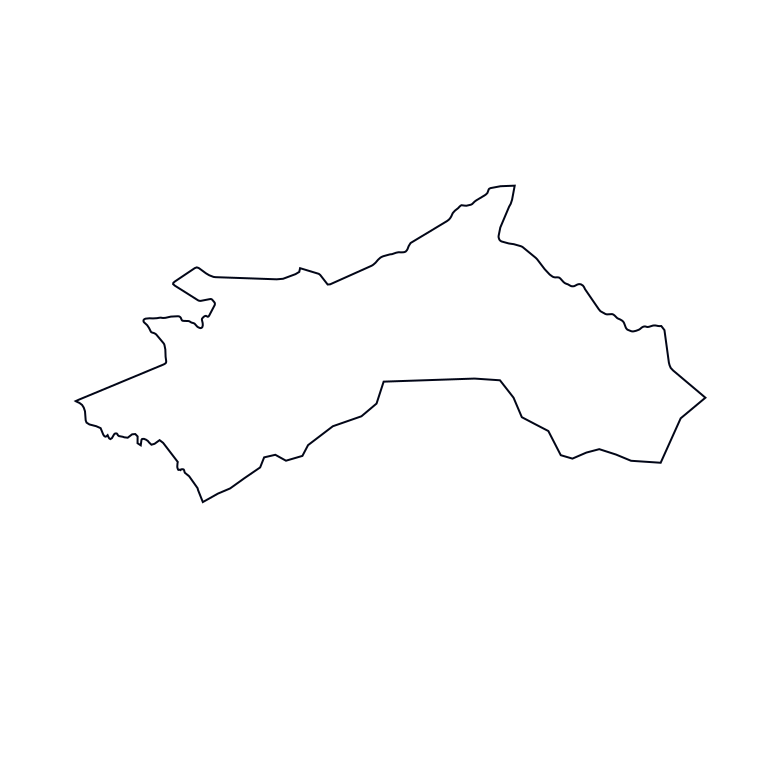 Hadjer-Lamis, orthographic projection, rotated 337°
{"feature_id": "TCD-1464", "entity_name": "Hadjer-Lamis", "entity_type": "Prefecture", "adm_level": 1, "iso_a3": "TCD", "parent_name": "Chad", "parent_adm1": "", "projection": "orthographic", "projection_center": [15.964, 12.449], "detail": "fine", "context": "isolated", "style": "outline", "palette": "ink", "viewbox_px": 768, "rotation_deg": 337, "n_neighbors": 0, "source": "natural_earth", "source_scale": "10m", "svg_char_len": 4176}
<svg xmlns="http://www.w3.org/2000/svg" viewBox="0 0 768 768"><g transform="rotate(337 384 384)"><path d="M108.0,323.7L106.9,323.6L106.2,322.7L105.8,321.0L105.9,313.9L102.6,310.4L97.0,306.1L95.1,303.3L95.2,300.9L98.1,292.3L98.4,288.4L97.9,285.3L96.3,282.5L93.7,279.6L93.5,279.3L97.2,279.2L188.9,279.9L190.5,279.7L191.7,279.2L192.4,278.0L193.6,273.6L196.2,266.8L197.1,262.5L197.2,261.4L197.0,260.3L193.7,249.5L193.3,248.7L192.7,247.9L192.1,247.2L190.6,246.0L190.0,245.3L189.8,244.3L189.6,240.7L189.0,237.4L188.2,235.6L187.4,233.9L187.1,233.0L187.2,232.0L187.7,231.2L188.7,230.7L190.1,230.7L193.9,231.9L196.8,233.3L200.7,234.7L202.9,235.2L203.9,235.5L204.8,235.9L205.6,236.5L206.9,237.1L208.7,237.7L214.2,238.7L220.5,241.0L221.3,241.4L222.0,241.9L222.5,242.7L222.8,243.5L222.8,245.6L222.9,246.5L223.4,247.1L224.2,247.6L228.7,249.7L229.4,250.3L230.5,251.9L231.1,252.5L231.9,253.1L232.6,253.7L233.2,254.4L234.5,258.2L235.0,259.0L235.6,259.7L236.3,260.4L237.0,260.9L238.0,261.0L238.9,260.7L240.0,259.4L240.5,258.2L240.9,257.0L241.3,254.7L241.5,253.6L242.0,252.8L242.7,252.4L243.3,252.1L244.7,251.6L245.7,251.5L246.7,251.7L248.0,253.2L248.7,253.3L249.7,252.8L259.1,245.1L259.6,244.3L259.9,243.4L259.8,242.5L258.9,239.6L258.5,238.7L257.8,238.1L256.8,237.8L247.9,235.9L247.0,235.5L246.2,235.0L245.6,234.4L229.8,211.6L228.9,209.6L229.7,208.5L231.7,207.9L255.1,203.4L257.2,203.5L258.3,204.4L259.0,205.2L263.4,212.6L265.6,215.6L268.9,218.8L270.6,219.8L292.5,230.0L326.1,245.7L332.2,247.7L345.4,248.3L349.8,247.7L352.0,244.6L367.0,257.1L367.9,258.7L371.0,270.4L373.4,271.2L418.9,270.3L420.7,270.0L423.5,269.1L427.1,267.3L430.0,266.3L431.4,266.1L433.3,266.1L440.1,267.0L442.1,267.6L446.5,267.9L448.9,268.4L451.6,269.7L453.6,270.4L454.7,270.6L455.9,270.5L457.5,269.7L458.5,268.9L460.5,266.8L462.0,265.7L463.6,264.6L505.9,258.6L508.1,258.0L509.7,257.2L511.3,256.1L514.0,253.6L515.4,252.9L517.2,252.1L521.0,251.1L522.7,250.3L524.2,249.8L525.2,249.7L527.9,251.3L529.5,252.1L534.0,252.9L535.5,252.8L538.7,251.5L540.8,251.0L551.4,249.5L552.8,249.0L553.9,248.5L556.4,245.8L557.1,245.4L558.6,245.3L568.6,247.5L581.8,252.5L573.9,264.4L571.0,267.7L568.5,269.6L552.2,285.4L547.4,292.4L546.9,293.4L546.7,294.6L546.6,296.1L546.9,297.2L547.4,298.1L548.0,298.8L553.8,303.4L558.1,306.0L563.8,310.6L565.0,311.9L573.0,327.2L573.7,329.0L576.8,341.2L579.3,348.0L580.6,350.2L581.1,351.0L581.7,351.7L582.5,352.3L583.3,352.8L585.2,353.5L586.1,354.0L586.8,354.5L587.5,355.7L589.1,360.3L589.9,361.8L590.8,362.8L592.3,364.2L593.8,366.2L594.4,366.9L595.2,367.5L596.1,367.9L597.1,368.2L598.3,368.2L600.7,368.0L601.9,368.1L603.1,368.5L604.3,369.3L605.6,371.2L606.0,373.0L606.1,375.3L610.9,399.0L611.7,401.6L615.1,406.0L615.8,406.6L616.6,407.1L621.1,408.7L621.8,409.2L622.5,410.1L623.1,411.2L624.3,414.2L624.9,415.1L626.7,417.0L628.0,418.8L628.6,420.2L628.8,421.6L628.6,426.8L628.9,428.1L629.3,429.1L631.9,431.7L632.6,432.3L633.5,432.8L634.5,433.1L636.8,433.5L639.0,433.6L640.1,433.6L641.2,433.4L643.1,432.8L644.2,432.6L645.3,432.6L646.3,432.8L647.1,433.2L648.6,434.4L649.5,434.7L650.4,434.9L654.4,435.3L655.4,435.6L656.4,436.0L658.0,437.0L658.8,437.6L660.3,438.4L661.9,439.0L663.2,444.0L654.6,475.6L654.2,478.3L654.2,481.2L655.4,484.5L674.5,522.2L643.7,531.5L607.9,564.6L581.4,551.2L570.0,539.6L556.7,528.1L543.5,526.2L528.3,526.3L518.9,518.6L516.9,491.5L507.4,480.0L497.9,468.4L497.9,447.2L492.2,425.9L469.5,414.4L384.6,381.7L369.5,399.1L350.6,404.9L320.4,402.9L290.2,410.6L280.8,418.3L263.8,416.3L256.3,406.7L245.0,404.7L237.4,412.4L218.5,416.2L201.5,420.0L188.3,420.0L171.1,421.9L171.4,408.8L171.7,407.1L168.6,392.8L166.1,388.1L166.0,387.3L166.3,385.1L166.1,384.3L165.2,383.7L164.0,383.3L163.3,383.4L163.6,384.3L162.1,382.9L161.3,382.8L161.0,382.4L161.1,380.3L161.5,379.1L163.0,376.2L163.7,375.2L157.7,351.9L155.5,348.0L149.4,349.4L146.2,349.0L144.9,346.0L144.4,344.2L143.2,342.3L141.6,340.7L139.9,340.1L138.9,340.7L136.1,345.4L134.0,342.2L136.7,336.0L135.5,332.9L132.5,331.9L127.1,333.3L124.1,331.6L122.9,330.5L119.7,328.4L119.0,327.2L119.0,326.1L118.6,325.1L117.2,324.5L116.0,324.8L112.4,327.5L110.6,327.8L109.8,326.7L109.6,325.0L109.6,323.1L108.0,323.7Z" fill="none" stroke="#020617" stroke-width="2"/></g></svg>